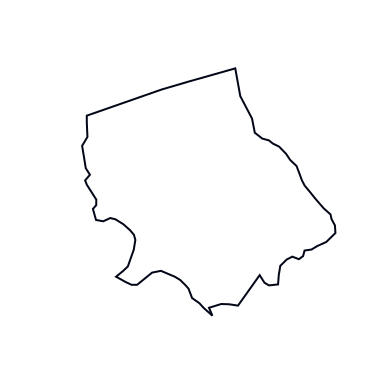 Bom Sucesso, Paraíba, Brazil (Mercator projection), rotated 230°
{"feature_id": "56859067B88877822125825", "entity_name": "Bom Sucesso", "entity_type": "district", "adm_level": 2, "iso_a3": "BRA", "parent_name": "Brazil", "parent_adm1": "Paraíba", "projection": "mercator", "projection_center": [-37.966, -6.47], "detail": "fine", "context": "isolated", "style": "outline", "palette": "ink", "viewbox_px": 384, "rotation_deg": 230, "n_neighbors": 0, "source": "geoboundaries", "source_scale": "gbopen_adm2", "svg_char_len": 1082}
<svg xmlns="http://www.w3.org/2000/svg" viewBox="0 0 384 384"><g transform="rotate(230 192 192)"><path d="M65.9,198.5L72.6,205.1L78.7,212.2L79.4,221.1L78.0,227.3L71.8,230.7L71.5,235.9L74.8,240.6L71.1,246.6L70.1,253.2L67.4,262.8L68.4,275.5L74.5,280.0L81.6,281.5L85.8,283.7L94.6,282.4L107.1,282.2L117.7,282.4L124.4,282.4L130.3,283.7L136.4,285.9L144.7,288.8L153.3,287.8L160.6,288.6L170.8,287.9L177.0,285.1L182.1,284.1L187.7,280.2L197.0,278.2L209.7,285.2L234.4,290.6L258.9,304.6L278.5,261.0L290.0,234.7L318.1,160.5L313.0,156.2L301.4,147.3L298.0,137.5L287.5,131.3L278.5,125.9L270.8,124.9L269.6,117.6L265.2,116.1L247.7,113.8L243.5,110.2L242.7,105.2L232.3,100.5L226.6,105.2L224.6,112.6L220.3,115.8L211.4,118.7L202.4,120.0L196.5,120.0L191.7,117.8L185.3,110.4L176.2,95.0L175.8,88.2L175.9,79.4L166.2,83.1L159.8,86.0L156.2,90.3L155.9,109.6L151.6,117.5L138.1,124.4L132.2,126.4L124.7,127.1L120.2,127.2L110.7,123.9L101.9,126.2L96.0,126.4L84.1,128.1L92.4,130.6L87.4,142.4L82.1,148.3L75.4,154.2L84.8,190.4L76.0,189.2L71.0,190.9L65.9,198.5Z" fill="none" stroke="#020617" stroke-width="2"/></g></svg>